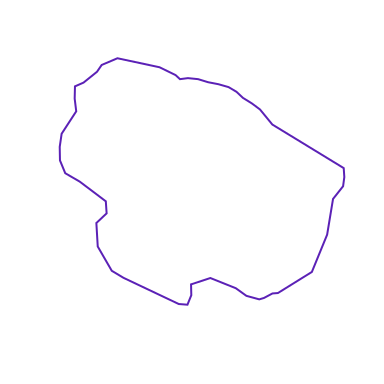 Imo, Equal Earth projection, rotated 287°
{"feature_id": "NGA-2843", "entity_name": "Imo", "entity_type": "State", "adm_level": 1, "iso_a3": "NGA", "parent_name": "Nigeria", "parent_adm1": "", "projection": "equal_earth", "projection_center": [7.056, 5.554], "detail": "fine", "context": "isolated", "style": "outline", "palette": "violet", "viewbox_px": 384, "rotation_deg": 287, "n_neighbors": 0, "source": "natural_earth", "source_scale": "10m", "svg_char_len": 736}
<svg xmlns="http://www.w3.org/2000/svg" viewBox="0 0 384 384"><g transform="rotate(287 192 192)"><path d="M93.1,221.5L82.9,220.6L81.0,212.1L89.9,151.6L93.2,138.3L112.3,117.8L134.4,109.6L146.6,116.6L157.9,112.3L169.1,81.6L172.9,65.3L183.6,56.5L196.5,52.3L209.6,50.3L235.3,57.7L247.0,52.5L258.8,49.2L264.9,56.3L279.2,66.0L287.1,68.5L298.1,81.6L301.8,124.5L299.0,142.1L296.4,147.5L299.7,154.8L301.7,164.8L301.7,175.3L302.8,185.7L303.0,196.3L300.8,205.3L296.9,213.2L294.2,223.4L290.8,232.9L280.0,249.1L259.2,330.1L250.8,333.3L241.7,334.8L226.6,328.9L190.7,333.7L150.6,330.0L120.5,303.7L118.5,298.6L111.7,291.8L109.0,287.7L108.6,274.4L112.8,262.0L115.1,234.7L103.4,218.1L93.1,221.5Z" fill="none" stroke="#5b21b6" stroke-width="2"/></g></svg>